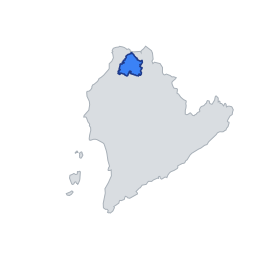 where Sevilla sits in Spain, rotated 137°
{"feature_id": "ESP-5844", "entity_name": "Sevilla", "entity_type": "Autonomous Community", "adm_level": 1, "iso_a3": "ESP", "parent_name": "Spain", "parent_adm1": "", "projection": "orthographic", "projection_center": [-5.672, 37.516], "detail": "fine", "context": "in_parent", "style": "filled", "palette": "blue", "viewbox_px": 256, "rotation_deg": 137, "n_neighbors": 0, "source": "natural_earth", "source_scale": "10m", "svg_char_len": 5839}
<svg xmlns="http://www.w3.org/2000/svg" viewBox="0 0 256 256"><g transform="rotate(137 128 128)"><path d="M133.4,65.2L133.5,65.8L134.5,66.9L137.7,67.5L138.5,67.9L138.4,69.5L137.7,70.9L138.4,71.5L139.2,71.4L140.0,70.3L140.3,71.0L141.7,71.6L144.9,72.7L147.1,72.8L149.5,75.1L153.2,74.4L156.7,76.6L159.8,75.9L160.5,76.3L165.4,76.1L165.5,74.1L166.0,73.3L174.6,75.4L175.8,77.0L175.7,77.8L176.3,79.7L177.4,79.6L179.5,78.3L182.5,79.5L183.3,80.6L183.9,80.6L186.0,79.3L192.0,80.2L192.1,79.2L192.5,78.9L194.9,77.9L195.9,77.6L199.0,77.9L199.5,79.0L200.2,79.3L200.5,80.3L198.8,81.0L198.7,82.7L200.0,84.0L200.4,86.4L197.5,89.8L189.0,95.9L186.3,99.3L179.6,101.4L172.8,104.3L168.9,108.8L170.0,109.1L171.4,110.4L171.0,111.1L169.2,112.2L167.6,112.6L164.8,118.0L160.9,123.6L159.4,126.1L156.4,132.6L156.5,134.4L158.6,140.6L159.6,142.1L161.1,143.4L163.7,144.5L164.4,145.6L163.6,146.7L161.1,148.8L156.8,151.7L155.0,153.9L154.7,156.0L153.4,157.0L153.1,159.8L151.4,163.8L151.4,164.8L152.9,166.2L151.5,167.1L144.5,167.8L140.2,171.1L138.1,173.9L136.4,179.1L134.0,182.1L133.0,182.7L131.3,181.5L129.2,181.4L127.2,181.9L126.2,182.9L124.5,183.6L122.9,183.1L119.4,182.9L117.8,183.0L115.4,183.9L113.3,183.4L109.8,183.2L102.2,184.0L101.2,184.3L97.9,187.8L94.2,187.9L90.8,189.3L88.6,192.6L88.2,194.4L87.5,194.0L87.0,194.1L86.7,195.5L84.4,196.3L81.8,195.2L79.6,193.6L78.5,193.5L76.6,190.9L75.8,189.3L75.3,187.5L75.3,186.2L73.6,185.5L73.2,183.9L74.4,181.8L76.0,180.7L74.6,180.7L73.5,182.1L72.1,179.9L66.7,175.6L67.0,174.1L66.0,175.2L65.4,175.5L62.6,175.3L59.3,175.8L58.1,168.6L59.0,166.1L62.7,161.2L64.9,160.6L65.9,158.1L63.8,158.1L60.6,153.2L61.5,148.7L64.8,145.3L65.4,144.0L65.5,142.7L64.9,141.8L63.2,141.3L61.4,137.7L61.0,135.4L59.6,134.2L58.4,131.9L59.5,131.6L64.1,131.7L65.2,131.1L66.0,129.6L66.9,127.2L67.2,125.7L65.4,123.5L65.4,123.1L65.6,122.4L68.4,120.1L67.9,118.3L68.4,114.6L68.2,112.4L67.9,110.6L67.0,108.3L67.6,107.4L69.0,106.6L70.2,104.7L71.9,103.2L74.0,101.9L76.6,99.2L76.2,97.9L75.3,97.2L72.2,96.7L72.0,96.1L72.1,93.1L71.3,91.9L70.2,92.0L68.5,91.5L68.0,91.8L65.9,91.7L64.4,91.1L63.7,91.6L63.5,92.6L60.9,93.7L59.5,93.6L57.2,92.6L54.5,92.9L54.2,92.6L51.8,93.8L51.1,93.8L50.2,92.3L51.5,90.2L50.5,88.1L49.8,88.1L45.5,89.4L43.0,91.3L42.0,91.5L41.6,91.2L41.6,88.4L44.3,85.5L42.7,85.2L42.8,84.4L43.9,83.1L42.8,82.0L43.0,79.0L40.6,79.9L40.1,79.7L40.1,78.5L41.6,76.2L40.1,75.8L39.0,74.9L37.7,72.9L37.8,71.9L38.6,69.5L40.6,68.4L42.6,66.8L45.3,67.2L49.3,65.9L50.7,65.2L50.7,64.2L50.2,63.4L50.7,62.7L53.9,60.8L55.9,60.6L57.9,59.7L59.2,60.3L60.4,60.1L61.7,60.9L63.4,62.7L65.9,63.5L68.0,63.0L78.5,62.9L81.5,62.0L83.8,63.1L88.3,63.6L91.0,64.5L98.5,66.0L101.1,65.9L106.5,64.4L108.0,64.7L110.2,63.9L111.2,64.1L112.6,65.1L117.4,66.4L118.6,65.1L119.6,64.8L123.0,65.5L126.5,66.8L128.3,66.9L130.9,66.4L133.4,65.2ZM202.9,124.3L204.2,124.8L205.5,124.1L206.3,124.2L207.0,124.4L207.3,125.5L204.9,131.3L202.7,133.0L200.3,132.0L198.9,131.8L198.5,131.4L198.0,129.7L197.3,129.2L196.4,129.0L194.7,130.6L194.1,129.7L193.2,129.6L192.8,129.1L192.8,128.4L197.9,123.6L199.4,122.5L202.7,121.1L203.3,121.2L202.9,121.9L203.4,122.5L202.9,124.3ZM218.3,120.5L217.9,122.1L213.6,120.5L212.2,120.4L211.9,120.1L211.8,118.6L214.6,118.1L216.9,118.6L218.3,120.5ZM181.2,141.6L180.8,142.7L178.7,142.5L178.2,142.1L178.6,140.8L179.2,140.6L179.1,139.7L179.7,138.8L182.6,137.9L183.3,138.4L183.5,139.3L181.9,141.3L181.2,141.6ZM183.6,145.8L183.3,146.0L181.0,146.0L180.9,145.3L181.3,144.2L182.2,145.2L183.6,145.3L183.6,145.8Z" fill="#d9dde1" stroke="#a8b0b8" stroke-width="1"/><path d="M75.8,180.8L76.3,180.3L76.1,180.5L75.7,180.7L75.3,180.7L75.1,180.4L74.5,180.7L74.3,180.8L73.8,180.3L74.1,179.4L73.7,178.3L73.7,178.0L73.7,177.8L73.8,177.6L74.1,177.2L74.1,176.5L74.3,176.0L74.1,175.0L74.1,174.7L74.3,174.3L74.3,174.0L74.3,173.8L73.8,173.3L73.8,173.1L74.1,172.8L74.1,172.6L74.0,172.1L74.1,171.9L74.5,171.8L74.7,171.7L74.7,171.4L74.1,170.4L73.9,169.5L73.5,169.0L73.6,168.4L72.9,168.1L72.1,168.1L71.7,167.9L71.8,167.5L71.8,167.4L72.1,167.1L72.6,166.3L72.9,166.1L74.8,165.6L75.4,165.6L75.6,165.8L75.6,166.1L75.8,166.2L75.9,166.3L76.0,166.3L76.1,166.2L76.1,165.3L76.3,165.0L76.6,164.9L77.1,165.1L77.4,164.9L77.1,164.2L77.4,163.1L76.9,163.0L76.6,162.6L76.8,162.4L77.2,162.0L77.6,161.9L78.6,161.7L78.9,161.6L79.5,161.5L79.7,161.4L79.8,161.3L80.0,161.2L80.1,160.9L80.1,160.7L80.4,160.4L80.4,160.2L80.2,159.9L80.2,159.7L80.3,159.6L80.4,159.4L80.5,159.2L80.9,159.0L81.0,158.9L81.2,158.6L81.3,158.5L81.4,158.4L81.8,158.3L82.8,158.1L83.1,158.3L83.4,158.6L83.4,158.8L83.2,159.0L82.9,159.1L82.8,159.3L82.9,159.8L83.0,159.9L83.4,159.9L83.7,159.7L84.0,159.4L84.4,159.1L85.0,159.1L85.0,159.5L86.2,160.7L86.4,161.8L87.2,162.5L87.3,162.8L87.3,163.5L87.4,163.8L87.6,164.0L88.1,164.3L88.2,164.5L88.3,164.9L88.3,165.2L88.4,165.3L88.8,165.5L88.8,166.8L87.7,166.8L87.3,167.2L87.5,168.0L87.8,168.3L88.3,168.4L89.2,168.1L90.4,167.3L90.6,167.4L91.0,167.4L91.3,167.4L91.6,166.9L92.4,166.6L92.7,166.6L93.1,166.7L93.4,166.9L93.6,167.3L93.7,167.7L93.7,167.8L93.7,168.1L93.8,168.3L94.0,168.4L94.1,168.5L94.1,168.8L94.0,169.6L93.9,169.9L94.4,170.4L94.7,170.9L94.8,171.4L95.2,171.8L95.6,172.8L96.2,173.3L96.5,173.3L97.2,172.7L97.5,172.8L97.7,173.1L97.8,173.8L98.0,174.2L98.0,174.6L97.1,174.5L96.9,174.8L97.1,175.3L97.1,175.6L96.9,175.9L96.3,176.2L96.0,176.3L95.4,175.7L95.2,175.8L95.1,176.0L94.9,176.2L94.3,175.9L94.1,175.9L93.9,176.0L93.9,176.4L94.6,176.7L94.4,177.1L91.2,179.1L90.7,179.6L90.4,179.9L90.1,180.0L89.9,180.0L89.7,179.9L89.0,178.9L88.9,178.8L87.2,180.0L86.9,179.9L86.9,179.6L87.2,179.0L87.2,178.7L86.9,178.4L86.7,178.3L86.3,178.4L86.2,178.6L86.2,179.4L86.2,179.6L86.1,179.9L85.8,180.2L85.5,180.4L85.2,180.5L84.9,180.5L84.1,179.9L83.8,179.8L83.4,180.0L83.1,180.6L81.8,180.6L81.3,180.7L81.0,181.0L80.8,181.4L80.6,181.9L79.9,181.8L79.5,181.9L77.6,181.7L76.9,181.1L75.8,180.8Z" fill="#3b82f6" stroke="#1e3a8a" stroke-width="1.5"/></g></svg>